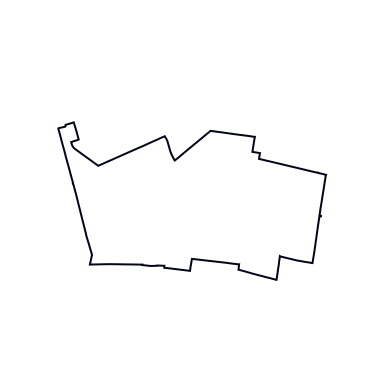 Rosiori, Braila, Romania (Albers equal-area conic projection), rotated 330°
{"feature_id": "2599482B90808426082179", "entity_name": "Rosiori", "entity_type": "district", "adm_level": 2, "iso_a3": "ROU", "parent_name": "Romania", "parent_adm1": "Braila", "projection": "albers", "projection_center": [27.361, 44.829], "detail": "fine", "context": "isolated", "style": "outline", "palette": "ink", "viewbox_px": 384, "rotation_deg": 330, "n_neighbors": 0, "source": "geoboundaries", "source_scale": "gbopen_adm2", "svg_char_len": 3241}
<svg xmlns="http://www.w3.org/2000/svg" viewBox="0 0 384 384"><g transform="rotate(330 192 192)"><path d="M305.5,257.7L306.6,256.4L307.7,255.0L312.3,249.3L312.8,248.7L314.1,247.1L315.4,245.4L315.5,245.3L315.8,245.0L316.3,244.4L316.5,244.4L316.7,244.2L313.3,240.9L311.0,238.8L311.1,238.5L310.9,238.3L310.7,238.1L310.4,237.9L310.1,237.9L305.3,233.4L303.1,231.3L300.9,229.2L293.4,222.1L291.9,220.7L268.6,198.7L266.6,196.8L270.3,192.3L269.0,191.2L265.9,188.7L264.4,187.5L267.8,183.2L269.1,181.6L271.3,178.9L274.0,175.7L273.8,175.6L267.9,170.9L258.4,163.7L251.0,157.9L248.2,155.7L239.6,149.1L238.6,148.3L237.7,148.5L231.1,149.6L223.6,150.9L206.9,153.7L204.1,154.2L198.7,155.2L192.8,156.1L192.7,155.9L193.1,148.4L193.7,145.3L196.1,135.8L196.2,135.4L196.3,134.1L196.3,131.3L196.3,130.1L195.2,130.0L193.7,129.8L189.9,129.4L188.5,129.3L187.5,129.2L187.4,129.2L186.1,129.0L181.0,128.5L179.3,128.3L176.4,128.1L176.2,128.0L175.1,127.9L172.3,127.7L171.7,127.6L167.6,127.1L163.2,126.6L161.7,126.5L160.3,126.3L142.4,124.4L123.9,122.4L123.4,121.3L116.2,105.2L112.3,96.4L112.2,96.1L111.9,95.4L111.6,94.5L111.5,93.6L111.4,92.9L111.5,92.4L111.6,91.2L111.9,90.0L112.1,89.3L112.3,88.4L113.5,88.6L115.1,88.9L116.7,89.3L118.1,89.6L120.1,89.9L121.0,86.5L121.7,83.9L122.4,81.2L123.1,78.3L124.4,72.6L121.3,71.9L117.0,70.9L116.1,70.6L115.3,71.8L115.1,72.0L114.9,72.0L113.0,71.5L108.7,70.1L108.3,70.1L108.1,70.1L107.9,70.3L107.8,70.5L107.2,73.1L106.3,76.5L105.5,79.4L104.2,84.1L103.1,88.3L102.2,91.8L100.9,96.6L100.7,97.1L100.5,97.7L100.5,97.8L99.8,100.6L96.7,112.5L96.3,113.9L95.4,117.3L94.7,120.0L94.4,121.2L93.5,124.6L93.3,124.7L93.0,125.0L92.9,125.4L92.9,125.6L93.0,125.7L93.1,125.8L93.0,126.2L92.9,126.8L92.1,129.6L91.3,132.8L90.8,134.7L90.0,137.6L89.6,139.0L88.6,142.5L87.2,147.2L85.8,152.2L85.7,152.5L82.7,163.0L81.9,165.9L81.0,169.2L80.3,171.5L79.6,174.0L78.5,177.5L77.1,183.6L74.0,196.4L67.3,203.8L71.0,205.8L75.5,208.3L77.2,209.2L85.3,213.7L85.6,213.9L112.6,230.0L112.3,230.3L119.2,235.4L125.0,238.5L125.2,238.3L131.2,242.1L130.1,243.8L134.1,246.7L138.1,249.7L148.6,257.6L150.8,259.3L151.1,258.9L151.6,258.3L152.0,257.8L152.7,257.0L152.9,256.6L158.5,249.9L159.2,250.4L163.5,253.6L166.2,255.6L168.2,257.1L170.8,259.0L171.6,259.6L172.1,260.0L173.0,260.7L174.2,261.5L175.0,262.1L186.6,270.7L188.8,272.4L191.9,274.8L192.9,275.5L194.6,276.8L196.3,278.1L196.6,278.2L193.4,282.6L193.9,283.0L194.9,284.0L196.3,285.4L198.3,287.4L200.4,289.6L201.5,290.7L202.0,291.2L202.5,291.8L203.5,292.8L204.5,293.8L205.6,294.9L206.7,296.0L208.1,297.4L209.5,298.8L210.9,300.1L212.2,301.4L213.4,302.6L214.7,303.9L215.4,304.6L216.1,305.2L216.9,306.0L217.7,306.8L218.3,307.4L219.5,308.6L220.0,309.2L220.6,309.8L221.3,310.3L223.8,307.2L226.3,304.0L228.4,301.3L229.5,300.0L230.1,299.2L230.8,298.4L231.4,297.5L231.7,297.1L232.0,296.7L234.0,294.1L236.1,291.5L236.4,292.1L240.8,296.3L242.6,298.0L248.7,303.8L252.3,306.8L254.7,308.8L258.4,311.8L260.5,313.6L260.8,313.8L268.4,304.5L275.6,295.3L275.7,295.2L283.0,285.8L288.1,279.4L289.7,277.4L290.3,276.7L290.5,276.9L290.7,277.1L291.0,277.4L291.2,277.6L291.5,277.6L291.8,277.2L291.7,276.9L291.3,276.7L290.6,276.3L290.5,276.2L293.1,273.1L294.2,271.6L297.9,267.1L304.7,258.7L305.5,257.7Z" fill="none" stroke="#020617" stroke-width="2"/></g></svg>